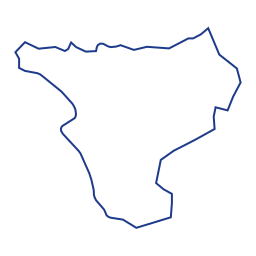 Cheshire West and Chester, Mercator projection
{"feature_id": "GBR-5707", "entity_name": "Cheshire West and Chester", "entity_type": "Unitary Authority", "adm_level": 1, "iso_a3": "GBR", "parent_name": "United Kingdom", "parent_adm1": "", "projection": "mercator", "projection_center": [-2.803, 53.149], "detail": "fine", "context": "isolated", "style": "outline", "palette": "blue", "viewbox_px": 256, "rotation_deg": 0, "n_neighbors": 0, "source": "natural_earth", "source_scale": "10m", "svg_char_len": 972}
<svg xmlns="http://www.w3.org/2000/svg" viewBox="0 0 256 256"><path d="M61.1,130.5L60.9,129.1L61.4,127.2L62.5,125.9L74.7,118.1L75.6,116.5L76.0,114.0L75.3,109.2L73.8,106.0L72.4,103.7L61.5,91.6L40.4,74.5L37.4,73.2L25.0,70.9L19.1,67.9L19.1,58.7L15.4,52.2L25.0,42.2L38.6,48.7L55.3,47.0L64.9,51.0L68.2,49.0L70.4,44.0L71.1,42.5L76.3,47.2L85.8,51.6L96.0,51.1L96.3,50.0L96.7,47.6L97.8,45.1L100.3,43.6L103.2,43.8L108.2,46.4L110.6,47.1L116.0,46.6L120.6,45.2L133.9,49.9L146.9,46.8L169.1,48.4L188.4,38.4L193.1,38.4L200.8,34.4L208.2,28.2L219.3,54.6L236.9,68.5L240.6,82.5L233.2,96.5L227.6,110.4L215.6,107.3L213.7,116.6L214.6,129.0L195.1,139.8L173.8,150.7L160.8,159.9L156.1,183.1L163.6,189.3L171.9,193.9L171.9,203.2L170.8,217.3L136.3,227.8L122.9,219.6L110.6,217.7L108.2,216.7L106.6,215.3L104.1,209.6L96.0,200.2L94.5,197.0L93.8,194.3L93.9,192.1L93.7,190.1L91.6,180.5L89.3,173.3L80.6,153.7L78.9,151.2L62.8,133.8L61.1,130.9L61.1,130.5Z" fill="none" stroke="#1e3a8a" stroke-width="2"/></svg>